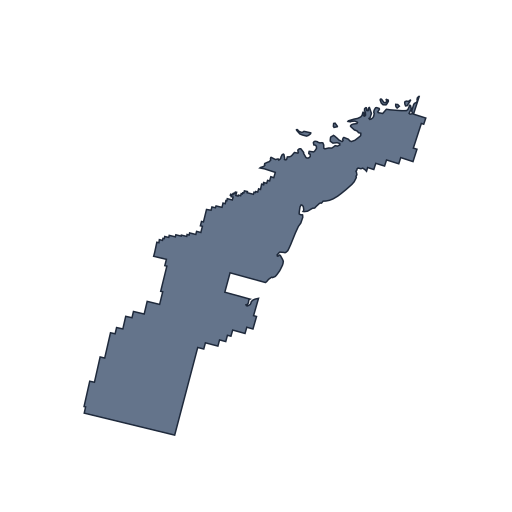 Lake and Peninsula, Alaska, United States of America, rotated 196°
{"feature_id": "52423323B73962947550277", "entity_name": "Lake and Peninsula", "entity_type": "district", "adm_level": 2, "iso_a3": "USA", "parent_name": "United States of America", "parent_adm1": "Alaska", "projection": "albers", "projection_center": [-157.475, 58.272], "detail": "fine", "context": "isolated", "style": "filled", "palette": "slate", "viewbox_px": 512, "rotation_deg": 196, "n_neighbors": 0, "source": "geoboundaries", "source_scale": "gbopen_adm2", "svg_char_len": 6158}
<svg xmlns="http://www.w3.org/2000/svg" viewBox="0 0 512 512"><g transform="rotate(196 256 256)"><path d="M173.1,367.9L173.1,371.8L166.6,371.6L166.4,378.1L157.2,377.9L157.0,384.3L144.2,384.0L144.0,390.5L131.1,390.0L130.7,403.0L134.5,403.1L133.6,429.0L131.1,428.9L130.8,435.4L143.7,435.8L143.1,454.4L143.3,454.4L143.8,453.8L144.5,452.4L144.3,450.6L143.7,449.5L143.7,449.0L144.3,447.7L145.8,446.3L146.2,445.0L146.3,438.3L144.8,436.3L145.1,435.8L147.0,434.8L148.2,435.3L147.6,438.5L147.3,439.2L147.4,440.3L148.8,443.0L149.3,443.3L149.8,443.4L150.1,442.8L149.9,441.8L150.4,438.6L151.5,437.2L155.8,435.9L161.4,434.7L167.3,433.5L171.1,433.0L173.5,427.9L178.0,427.5L178.7,428.1L178.5,428.6L177.8,431.0L177.9,431.3L178.3,431.8L181.0,431.9L181.9,431.4L182.5,429.4L182.6,428.0L182.5,427.2L182.4,426.6L182.0,426.0L181.6,425.7L181.4,422.5L181.8,421.0L183.1,419.3L184.3,418.6L185.3,419.3L185.3,419.5L184.5,420.1L184.3,424.7L184.4,425.0L187.9,430.0L188.3,429.8L188.5,429.2L188.6,427.9L188.1,427.3L188.3,426.6L189.4,426.3L189.7,426.4L190.6,428.6L190.8,428.9L191.2,428.9L191.9,428.1L192.2,427.4L191.8,425.7L190.5,424.3L189.6,421.9L189.5,421.5L190.0,420.5L190.3,420.3L190.9,420.4L191.3,420.8L191.3,421.0L191.0,421.5L191.5,423.3L192.6,423.8L192.8,423.7L192.8,420.3L193.7,418.5L196.2,416.3L199.5,414.6L204.5,411.4L204.7,410.7L202.1,411.0L201.4,411.7L198.3,412.9L195.6,412.6L195.2,412.3L195.5,411.1L198.8,409.7L200.4,408.5L201.0,407.4L200.8,406.6L196.0,404.2L195.4,404.3L192.9,403.9L191.5,402.8L189.1,402.9L188.6,401.1L188.7,400.3L188.8,400.0L192.8,394.5L195.9,392.3L197.8,392.6L199.3,393.7L204.2,394.2L204.6,393.8L204.9,392.0L204.1,391.1L204.6,389.9L204.9,389.7L208.4,390.4L210.1,391.4L213.6,393.0L214.8,393.3L215.3,392.6L216.8,391.2L217.0,390.3L216.6,387.9L216.2,386.8L213.2,385.7L209.3,387.3L206.5,387.2L206.0,385.8L207.1,385.0L207.8,384.1L210.3,383.9L211.6,382.1L212.9,380.6L215.8,379.9L219.3,378.0L220.4,378.2L221.1,379.9L221.3,380.9L221.7,381.7L223.0,383.2L224.5,382.9L225.8,382.3L228.2,382.5L228.6,382.8L230.3,382.7L231.5,382.2L232.0,381.3L232.1,380.7L231.0,378.7L229.8,378.9L228.4,378.3L228.1,377.9L227.5,376.2L228.3,373.5L228.9,372.4L229.4,371.9L233.7,371.3L233.8,370.6L233.5,369.0L232.8,368.7L232.3,368.9L231.9,368.6L231.7,368.2L231.3,366.5L231.9,365.4L232.7,364.6L234.0,364.2L235.1,364.4L238.4,367.6L238.7,368.1L238.7,368.6L239.0,368.9L242.4,371.4L243.1,371.3L244.0,370.9L244.9,369.6L244.8,368.8L243.9,367.2L244.1,366.4L247.6,366.1L249.2,362.6L249.9,361.5L251.1,360.6L253.2,359.9L253.2,357.3L253.8,356.6L254.9,356.5L255.3,356.7L255.2,357.4L255.6,358.2L257.1,361.2L257.7,361.5L258.5,360.9L258.8,360.5L259.2,358.2L259.2,356.5L259.4,356.0L260.5,354.5L261.5,355.4L263.9,354.1L268.6,355.0L268.9,354.8L268.9,353.4L268.3,352.2L269.4,350.2L270.4,349.6L273.1,347.3L273.1,346.6L273.0,346.2L272.5,345.8L273.3,344.2L276.0,342.4L276.5,341.7L271.9,342.1L260.5,341.7L260.5,336.2L263.6,336.3L263.6,331.9L265.7,331.9L265.8,328.8L268.9,328.8L268.9,327.7L268.3,327.7L268.3,326.5L270.4,326.6L270.0,321.2L272.0,321.3L272.0,317.9L274.1,317.9L274.1,316.8L275.5,316.8L275.5,314.6L282.0,314.4L282.0,315.6L285.1,315.4L285.1,313.2L286.2,313.1L286.2,311.9L287.4,311.9L287.4,309.7L289.8,309.7L289.8,308.6L292.1,308.6L292.2,311.9L293.4,311.8L293.3,310.6L294.4,310.6L294.4,309.5L295.4,309.5L295.3,308.4L297.4,308.4L297.4,307.3L296.3,307.4L296.3,306.2L294.2,306.3L294.2,303.3L299.4,303.2L299.3,301.0L300.2,301.0L300.0,297.8L302.3,297.8L302.1,293.4L308.2,293.1L308.3,291.2L311.9,291.0L311.8,287.6L316.4,287.1L315.9,274.3L317.9,274.2L317.8,269.7L315.7,269.8L315.5,263.4L319.9,263.3L319.8,260.1L326.2,259.9L326.1,257.7L328.2,257.7L328.0,255.7L333.5,255.5L333.4,254.5L338.9,254.3L338.8,252.2L345.1,251.9L345.0,249.8L349.1,249.6L349.0,247.4L350.3,247.3L350.2,245.2L353.4,245.1L353.0,242.0L355.1,241.9L354.4,231.7L354.3,227.5L341.2,228.1L341.0,221.6L338.9,221.7L337.9,195.8L335.8,195.9L335.3,182.9L348.1,182.4L347.5,169.4L358.5,168.9L358.2,162.5L364.6,162.1L363.9,149.2L370.3,148.8L370.0,142.4L374.7,142.1L373.3,116.2L378.0,116.0L376.5,90.1L381.3,89.8L379.8,63.9L378.2,64.0L377.8,57.6L284.8,61.4L286.8,152.0L280.6,152.2L280.7,158.6L267.8,158.9L267.9,165.3L261.5,165.4L261.6,171.9L258.0,172.0L258.0,178.4L245.2,178.5L245.2,185.0L238.8,185.0L238.8,198.0L241.9,198.0L241.9,216.0L245.0,214.3L246.8,212.8L247.9,210.9L248.0,208.4L248.3,207.7L249.5,206.4L250.6,205.6L251.5,205.6L252.2,206.3L250.9,207.2L250.4,208.8L250.8,211.6L250.2,212.5L249.8,212.9L276.0,212.6L276.3,232.7L239.6,233.1L238.7,234.3L237.5,237.0L235.7,239.3L234.9,240.0L234.2,239.8L232.1,241.4L231.7,241.9L230.7,244.0L229.2,248.2L228.8,250.0L228.0,254.5L228.0,256.5L228.3,258.5L229.6,260.1L232.4,262.9L233.2,263.4L233.8,263.4L234.5,262.2L235.1,261.9L235.4,261.8L236.0,262.9L234.8,265.4L234.2,266.3L230.4,267.1L229.6,267.1L228.9,267.2L228.0,268.1L226.9,269.9L226.4,272.6L225.8,276.7L224.5,289.0L223.4,296.2L222.0,300.0L221.7,306.1L222.5,308.3L222.8,308.4L224.1,308.0L225.9,308.2L226.2,308.6L226.6,310.5L227.2,314.9L227.2,315.5L226.7,317.6L225.5,317.5L224.2,316.6L222.9,313.8L222.8,312.3L223.0,311.8L222.0,311.9L219.2,313.1L218.7,313.4L214.9,317.4L212.8,318.3L211.8,320.3L209.6,323.9L208.7,324.7L207.6,324.9L206.6,327.2L204.0,328.1L200.7,329.8L197.6,332.2L194.0,336.0L191.3,339.6L188.0,344.3L183.6,351.2L182.1,354.4L181.2,359.0L181.8,360.2L181.4,361.9L182.6,364.3L183.3,365.0L182.8,366.2L182.8,367.8L182.1,368.7L179.2,368.8L177.6,369.9L174.8,368.9L173.1,367.9ZM237.3,388.4L237.2,389.3L237.3,389.5L243.8,389.1L244.6,388.8L244.9,388.2L245.7,387.5L246.1,387.4L248.5,387.6L250.0,388.1L250.6,388.7L251.3,388.9L251.9,388.6L251.8,388.3L251.1,387.7L247.5,385.4L244.7,385.1L240.4,385.2L238.8,386.4L237.3,388.4ZM171.4,441.1L171.8,442.3L173.8,442.5L174.0,442.0L172.8,441.1L173.7,439.1L175.3,438.8L178.4,441.2L179.2,441.4L179.7,440.8L179.6,440.1L177.7,437.5L175.6,436.4L172.7,437.1L172.2,438.1L171.4,441.1ZM150.8,446.4L150.3,448.9L152.1,446.6L154.0,446.4L155.3,445.5L155.4,444.6L154.8,443.1L153.6,441.5L152.2,442.1L150.8,446.4ZM213.5,402.7L213.5,403.1L216.6,405.5L217.9,404.8L217.4,402.0L216.4,401.1L213.5,402.7ZM161.1,437.1L159.5,439.5L161.5,440.7L163.5,440.3L163.1,438.8L162.3,437.8L161.1,437.1Z" fill="#64748b" stroke="#1e293b" stroke-width="1.5"/></g></svg>